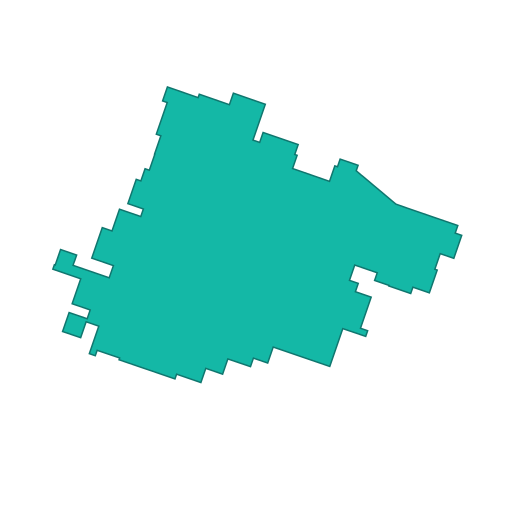 the district of Mount Magnet, Western Australia, Australia, rotated 289°
{"feature_id": "25037944B8385607479474", "entity_name": "Mount Magnet", "entity_type": "district", "adm_level": 2, "iso_a3": "AUS", "parent_name": "Australia", "parent_adm1": "Western Australia", "projection": "equal_earth", "projection_center": [117.985, -28.291], "detail": "fine", "context": "isolated", "style": "filled", "palette": "teal", "viewbox_px": 512, "rotation_deg": 289, "n_neighbors": 0, "source": "geoboundaries", "source_scale": "gbopen_adm2", "svg_char_len": 2005}
<svg xmlns="http://www.w3.org/2000/svg" viewBox="0 0 512 512"><g transform="rotate(289 256 256)"><path d="M132.9,97.7L121.6,97.7L121.7,116.8L138.5,116.8L138.5,130.2L109.4,130.2L109.4,136.5L115.1,136.5L115.2,160.3L113.3,160.3L113.4,219.4L118.4,219.4L118.4,223.8L118.4,245.1L125.5,245.1L133.4,245.1L133.4,262.9L149.5,262.9L149.6,286.8L150.1,286.8L158.6,286.8L158.6,301.9L175.5,301.9L175.6,361.7L215.6,361.7L215.7,385.9L221.7,385.9L221.7,378.3L231.8,378.3L236.2,378.3L241.2,378.3L246.2,378.3L251.2,378.3L254.6,378.3L254.6,361.6L263.4,361.6L263.4,352.3L279.6,352.3L279.6,376.1L271.5,376.1L271.5,391.3L270.9,391.3L270.9,414.5L277.6,414.5L277.6,424.8L277.6,431.9L286.9,431.9L289.5,431.9L301.7,431.9L301.7,429.4L318.2,429.4L318.2,443.8L342.5,443.8L342.5,436.9L350.5,436.9L350.5,411.3L350.5,409.0L350.5,394.2L350.5,382.8L350.6,371.4L352.2,367.2L353.4,364.1L355.4,358.9L358.6,350.6L361.0,344.3L362.6,340.2L366.1,331.1L366.9,328.8L369.2,323.0L375.0,323.0L375.0,304.0L366.9,304.0L366.9,301.2L350.5,301.2L350.6,269.4L350.6,262.1L364.6,262.1L364.6,259.6L375.1,259.6L375.1,241.3L375.1,239.0L375.1,231.0L375.1,222.5L364.6,222.5L364.6,215.4L402.5,215.4L402.5,204.8L402.6,181.6L395.1,181.6L390.4,181.6L390.5,149.7L386.9,149.7L387.0,122.0L387.0,117.2L380.8,117.2L372.2,117.2L372.2,122.1L361.2,122.1L345.7,122.1L338.7,122.1L338.7,126.9L319.4,126.9L319.4,127.2L303.8,127.2L302.4,127.2L302.4,126.2L302.4,122.7L296.3,122.7L289.5,122.7L289.5,117.8L285.5,117.8L284.5,117.8L263.8,117.8L263.8,134.2L255.8,134.2L255.8,120.0L255.8,115.7L255.8,111.7L245.8,111.7L232.8,111.7L232.8,101.4L226.4,101.4L225.6,101.4L219.7,101.4L212.3,101.4L209.4,101.4L200.5,101.4L200.5,124.3L187.6,124.3L187.6,86.1L189.7,86.0L192.6,86.1L198.5,86.1L198.5,85.1L198.5,84.3L198.5,69.1L182.1,69.1L182.1,68.2L177.4,68.2L177.4,85.4L177.4,86.1L177.4,97.7L173.8,97.7L169.3,97.7L167.4,97.7L163.8,97.7L160.2,97.7L157.4,97.7L154.7,97.7L151.0,97.7L151.0,116.8L141.7,116.8L141.7,97.7L133.7,97.7L132.9,97.7Z" fill="#14b8a6" stroke="#0f766e" stroke-width="1.5"/></g></svg>